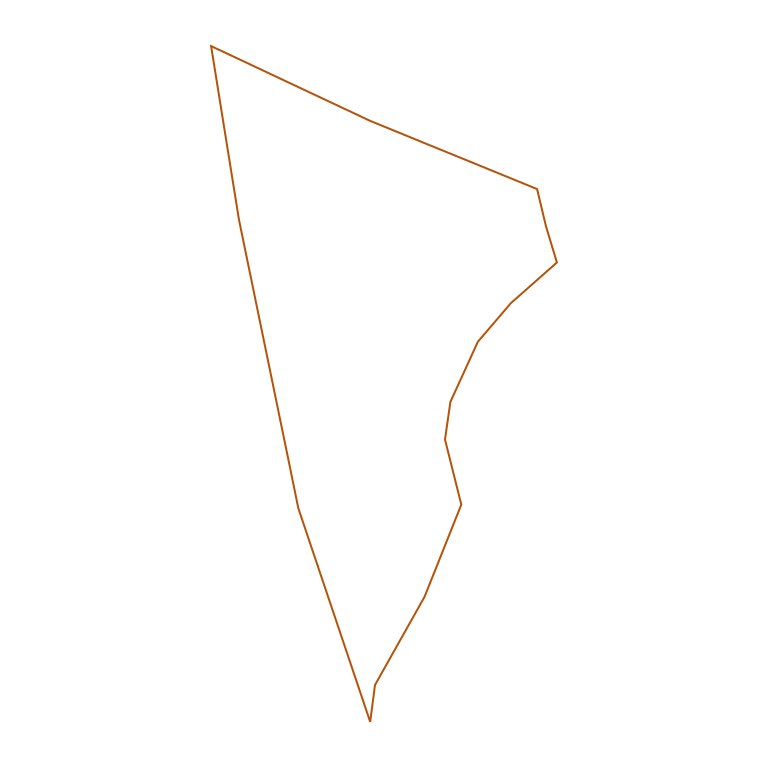 Mershing, Southern Darfur, Sudan
{"feature_id": "16777658B29151950465280", "entity_name": "Mershing", "entity_type": "district", "adm_level": 2, "iso_a3": "SDN", "parent_name": "Sudan", "parent_adm1": "Southern Darfur", "projection": "natural_earth1", "projection_center": [25.0, 12.506], "detail": "fine", "context": "isolated", "style": "outline", "palette": "amber", "viewbox_px": 768, "rotation_deg": 0, "n_neighbors": 0, "source": "geoboundaries", "source_scale": "gbopen_adm2", "svg_char_len": 399}
<svg xmlns="http://www.w3.org/2000/svg" viewBox="0 0 768 768"><path d="M211.1,46.1L239.0,219.9L279.8,418.0L287.5,455.3L298.3,508.2L370.2,721.9L375.0,685.0L424.5,596.9L437.2,565.1L461.3,504.6L445.0,439.5L450.4,401.9L477.9,341.7L510.9,303.1L556.9,262.5L545.9,226.0L537.1,189.1L475.5,163.9L425.7,143.6L370.2,120.9L283.2,80.0L251.6,65.1L211.1,46.1Z" fill="none" stroke="#b45309" stroke-width="2"/></svg>